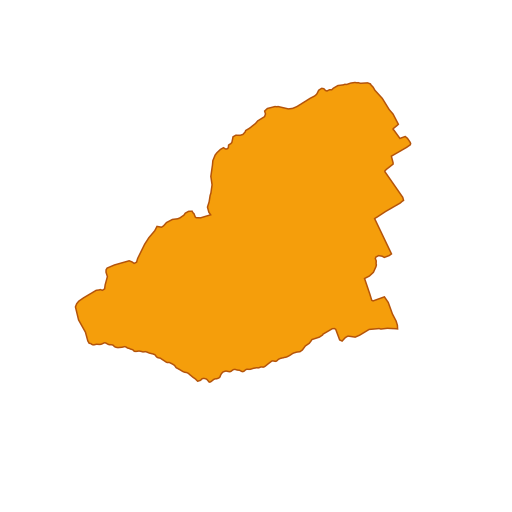 outline of Masagua, Escuintla, Guatemala, rotated 244°
{"feature_id": "79465075B43224707646328", "entity_name": "Masagua", "entity_type": "district", "adm_level": 2, "iso_a3": "GTM", "parent_name": "Guatemala", "parent_adm1": "Escuintla", "projection": "robinson", "projection_center": [-90.832, 14.098], "detail": "fine", "context": "isolated", "style": "filled", "palette": "amber", "viewbox_px": 512, "rotation_deg": 244, "n_neighbors": 0, "source": "geoboundaries", "source_scale": "gbopen_adm2", "svg_char_len": 5388}
<svg xmlns="http://www.w3.org/2000/svg" viewBox="0 0 512 512"><g transform="rotate(244 256 256)"><path d="M169.0,148.7L168.8,150.4L168.6,151.1L168.7,151.7L168.9,152.8L169.3,153.6L169.1,154.9L168.5,156.0L167.7,156.9L167.2,157.4L166.2,157.9L165.0,158.2L164.1,158.4L163.5,158.5L162.9,159.1L162.8,160.1L163.0,161.2L163.3,162.7L163.5,163.5L163.6,164.2L163.5,165.2L163.3,166.0L162.9,166.8L162.7,168.4L162.7,169.4L163.1,170.6L163.8,171.3L164.7,172.3L165.3,173.2L165.8,174.3L166.1,175.1L166.2,175.8L166.1,176.7L166.0,177.6L165.8,178.4L165.4,179.1L164.9,179.7L164.3,180.5L163.7,181.3L163.4,181.9L163.3,183.1L163.5,183.8L163.7,184.9L163.8,185.8L163.6,186.7L163.3,187.4L162.9,187.9L162.2,188.6L161.5,189.5L160.9,190.5L160.6,191.0L159.9,191.6L159.1,192.1L158.5,192.6L157.9,193.3L157.7,194.5L157.9,195.4L158.3,196.7L158.3,197.7L158.1,198.4L157.4,199.6L156.8,200.9L156.6,201.6L156.4,203.0L156.2,204.3L156.0,205.1L155.6,206.4L155.4,207.3L155.1,208.0L154.7,208.5L154.4,209.1L154.2,210.1L154.2,211.4L153.8,212.5L153.3,213.2L152.9,213.9L152.8,214.7L152.9,215.9L153.8,219.8L154.4,222.8L154.6,224.0L154.5,224.8L154.1,225.5L153.6,226.2L153.2,226.7L152.8,227.3L152.6,228.0L152.7,229.0L153.1,230.1L153.3,231.0L153.3,231.9L153.3,232.9L153.1,233.7L152.9,234.8L152.6,235.7L152.4,237.1L152.0,238.2L151.8,239.5L151.8,240.8L151.8,241.9L151.9,243.1L152.1,244.6L152.3,246.0L152.3,247.5L152.1,248.3L152.0,249.0L151.9,250.0L151.5,251.3L150.7,253.6L151.2,256.5L153.5,260.9L154.2,265.6L155.6,268.4L156.4,269.6L155.3,277.4L155.8,281.2L156.4,282.0L157.2,292.7L156.4,294.7L155.1,295.5L143.9,294.4L141.8,296.1L143.5,300.5L143.7,302.6L143.6,303.7L142.2,305.8L139.6,309.6L139.4,314.4L140.4,325.5L138.7,329.9L136.8,334.9L135.6,336.2L133.4,342.5L131.8,345.3L129.4,349.7L128.4,351.3L131.7,352.7L136.0,353.4L144.2,353.2L156.3,354.5L163.0,353.5L164.3,341.6L165.4,340.6L171.8,341.6L188.2,343.7L188.3,349.2L189.9,354.4L193.7,359.0L195.2,360.3L196.3,360.5L198.9,361.9L201.4,362.1L202.5,363.3L202.6,366.4L200.5,369.3L198.5,370.7L198.0,375.9L198.5,378.7L237.6,379.0L237.8,380.3L237.9,381.9L239.2,391.9L240.4,408.9L241.1,411.4L241.2,412.3L241.3,413.0L244.4,413.6L275.3,408.8L276.0,409.2L276.7,411.1L278.3,418.6L278.5,419.5L279.8,420.1L285.8,421.3L286.4,421.5L287.6,439.0L288.3,443.4L289.3,444.3L290.7,444.4L295.4,443.7L298.0,442.5L298.5,437.8L298.6,436.9L308.8,435.1L309.5,434.7L310.3,435.1L311.7,440.8L312.0,441.7L323.5,441.4L329.2,439.9L342.3,438.6L352.9,435.5L356.3,435.3L359.9,434.2L360.5,434.3L362.7,432.2L364.6,427.6L365.4,425.6L367.1,423.7L367.3,422.8L368.6,421.0L369.9,416.9L370.4,412.8L371.4,411.0L371.5,409.6L373.3,404.3L372.9,399.1L372.2,396.9L373.2,394.9L373.2,392.1L374.3,391.0L376.4,390.4L377.1,389.7L377.9,388.5L377.5,385.0L375.3,382.2L374.7,381.1L374.1,378.8L374.0,373.8L372.4,358.7L372.4,357.3L372.6,353.7L374.0,349.6L380.7,341.3L380.9,340.3L382.0,338.6L383.6,330.9L382.5,327.3L379.5,326.8L377.5,324.8L376.7,316.8L375.3,313.6L373.7,306.2L373.3,301.7L372.3,300.7L371.0,297.6L371.4,294.7L373.4,290.8L373.2,287.6L369.4,284.7L368.8,284.2L368.4,283.6L368.2,283.0L368.0,282.4L367.9,280.9L367.7,280.0L366.8,279.4L365.8,278.9L365.1,277.9L365.0,277.0L365.3,275.9L365.8,275.3L366.7,274.8L367.6,274.2L367.4,270.8L366.0,266.3L364.7,263.6L360.6,259.0L356.6,256.6L355.9,256.1L347.3,250.3L339.2,247.7L332.4,243.1L330.5,241.3L325.2,237.6L321.2,233.8L316.0,232.8L312.9,233.3L314.6,222.9L316.6,219.1L317.5,218.5L321.3,218.8L322.1,218.4L322.9,218.3L323.5,218.2L324.3,218.2L325.7,215.0L325.5,211.2L324.5,209.5L324.2,208.5L324.0,206.9L323.6,204.4L323.8,201.9L325.5,196.9L325.3,190.2L323.6,186.1L323.3,183.7L326.0,180.0L323.1,176.1L319.4,167.7L315.4,161.1L305.7,148.6L302.8,145.9L302.8,143.2L305.0,142.0L307.3,139.9L310.0,124.9L310.4,116.9L309.3,115.2L307.2,114.1L302.6,113.4L296.2,107.8L292.8,105.5L292.5,102.9L294.1,101.3L294.2,100.3L295.2,97.3L294.0,82.7L293.1,76.9L291.7,73.9L289.4,71.4L276.3,68.5L262.3,69.3L253.4,67.6L250.7,67.8L250.2,68.5L249.4,69.3L248.7,69.6L247.9,70.2L247.2,71.3L247.0,72.3L246.7,73.5L246.6,74.1L246.0,75.0L245.5,75.9L245.0,76.8L244.8,77.3L244.6,78.2L244.5,79.1L244.5,79.7L244.5,80.7L244.4,81.8L244.1,82.4L243.4,83.0L242.9,83.4L242.1,83.9L241.2,84.6L240.5,85.4L240.2,86.1L239.7,87.0L239.3,87.6L238.7,88.3L237.8,88.7L236.8,89.0L236.3,89.3L235.6,89.9L234.9,90.7L234.2,91.7L233.9,92.4L233.6,93.3L233.0,94.8L232.7,95.7L232.4,97.0L232.3,97.8L232.0,98.4L231.4,99.1L230.8,99.5L229.9,100.0L229.2,100.6L228.7,101.3L228.2,101.8L227.6,102.2L226.9,102.9L226.4,103.5L225.8,104.1L225.0,104.4L224.0,104.7L223.4,105.3L223.0,106.0L222.7,106.7L222.4,107.6L222.1,108.6L221.8,109.3L221.4,109.9L221.0,110.4L220.3,111.3L219.7,111.9L219.3,112.5L219.1,113.0L218.7,114.1L218.4,114.9L217.9,115.4L217.2,116.1L216.5,116.7L215.5,117.6L214.5,118.8L213.8,119.6L213.2,120.4L212.4,121.1L211.8,121.7L211.1,122.0L210.5,122.1L209.8,122.2L209.0,122.4L208.0,122.9L207.6,123.3L207.1,123.9L206.5,124.7L206.1,125.2L205.6,125.5L204.5,126.1L203.2,126.9L201.9,127.7L200.8,128.3L200.0,128.8L199.5,129.2L198.9,130.0L198.5,131.1L197.9,131.8L197.4,132.1L195.3,133.7L193.4,134.8L192.4,135.0L191.5,135.1L190.6,135.3L189.6,136.0L188.7,136.7L188.0,137.1L187.1,137.8L185.3,138.9L184.6,139.4L184.0,139.8L183.5,140.3L183.0,140.7L182.4,141.5L181.9,142.2L181.5,142.7L180.7,143.4L180.1,143.7L179.4,144.1L178.5,144.4L177.5,144.9L174.8,146.1L173.7,146.7L172.5,147.4L171.6,147.8L170.6,148.1L169.8,148.4L169.0,148.7Z" fill="#f59e0b" stroke="#b45309" stroke-width="1.5"/></g></svg>